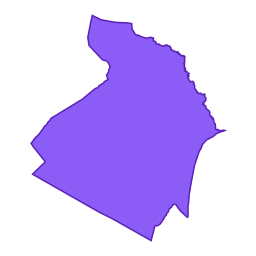 Kajiado Central, Rift Valley, Kenya (Albers equal-area conic projection)
{"feature_id": "3690345B79073906522262", "entity_name": "Kajiado Central", "entity_type": "district", "adm_level": 2, "iso_a3": "KEN", "parent_name": "Kenya", "parent_adm1": "Rift Valley", "projection": "albers", "projection_center": [36.936, -2.176], "detail": "fine", "context": "isolated", "style": "filled", "palette": "violet", "viewbox_px": 256, "rotation_deg": 0, "n_neighbors": 0, "source": "geoboundaries", "source_scale": "gbopen_adm2", "svg_char_len": 5634}
<svg xmlns="http://www.w3.org/2000/svg" viewBox="0 0 256 256"><path d="M131.7,23.6L130.4,23.4L127.8,22.9L117.9,22.5L114.0,22.1L103.3,20.2L101.1,19.7L100.5,19.6L100.3,19.4L99.8,19.2L98.9,18.6L96.4,17.5L92.3,15.4L91.0,21.1L87.8,37.3L89.0,45.4L99.9,57.1L102.5,59.8L107.1,61.2L108.6,63.4L108.8,63.6L109.5,65.3L109.6,65.7L109.8,66.0L110.1,66.5L108.9,69.7L108.7,70.8L108.3,72.6L107.7,73.2L107.7,73.8L107.6,74.0L106.6,74.9L106.7,76.0L108.1,79.7L106.5,80.3L105.5,81.0L105.2,81.1L104.9,81.4L104.6,82.0L104.3,82.1L103.9,82.2L103.8,82.7L99.8,85.3L98.9,85.7L98.6,86.5L98.4,87.2L97.8,87.6L95.7,88.4L94.8,88.9L94.1,89.4L82.4,99.2L51.2,118.2L49.7,120.6L49.3,120.9L48.6,121.5L47.5,122.8L47.2,123.9L46.8,124.3L46.0,125.0L45.0,126.0L44.3,126.5L43.8,127.3L43.6,127.9L42.1,129.9L41.3,131.1L40.6,132.0L39.5,133.6L37.3,135.9L36.0,137.0L34.1,139.2L33.7,139.6L33.3,140.6L33.0,141.0L32.1,142.0L31.1,143.4L33.5,147.0L45.3,161.8L32.5,174.2L92.7,208.5L99.4,212.3L111.9,218.5L151.1,240.6L154.4,227.9L154.6,226.8L154.8,226.2L155.3,225.9L157.2,225.7L158.2,225.3L159.8,224.3L160.2,223.9L163.4,219.5L163.7,219.0L164.8,216.5L166.2,215.3L166.4,214.8L166.6,213.8L166.7,213.4L167.2,213.0L167.7,212.7L168.0,212.2L169.4,208.7L170.0,208.2L171.0,207.8L171.5,207.2L171.9,206.4L172.6,205.3L173.9,204.4L174.9,204.2L176.0,204.6L176.8,206.0L179.2,209.4L181.6,212.2L184.7,214.9L187.1,217.2L187.4,217.3L187.8,217.1L187.9,216.5L188.1,213.8L188.0,207.1L189.0,197.8L189.1,194.7L190.1,189.9L190.4,187.0L194.5,165.4L197.8,155.4L199.0,152.0L200.0,150.0L200.5,149.5L200.8,149.0L201.4,147.3L202.2,145.4L202.5,144.5L202.6,144.2L203.4,143.5L204.2,142.5L205.5,141.0L206.9,139.6L207.1,139.5L207.7,139.4L210.0,138.1L212.4,137.0L214.2,135.7L215.2,134.7L216.6,133.6L217.0,133.3L220.0,132.2L222.5,131.2L223.4,131.1L223.9,130.9L224.2,130.8L224.9,130.5L223.7,130.1L223.3,130.1L223.0,130.2L221.8,130.8L221.6,130.9L221.3,130.8L220.7,130.4L220.3,130.4L219.7,130.8L219.3,130.9L219.0,130.8L218.7,130.4L218.2,129.6L217.6,129.4L216.8,129.8L216.4,129.8L215.7,128.9L215.5,128.5L215.5,128.2L215.6,127.4L215.6,127.0L215.3,126.0L215.3,125.7L215.4,124.7L215.3,124.0L214.6,123.3L214.2,122.6L213.9,121.8L213.7,120.7L213.6,119.6L213.5,119.4L213.2,119.4L212.9,118.9L213.1,118.7L213.4,118.4L213.3,118.2L213.0,118.1L212.2,118.1L211.7,117.9L211.7,117.7L211.8,116.6L211.7,116.3L211.3,116.2L210.7,116.2L210.2,115.7L209.9,115.2L209.8,114.6L209.9,113.1L209.7,112.4L209.6,111.6L209.3,111.1L209.1,110.8L208.8,110.6L207.9,110.1L207.4,109.4L206.5,109.1L206.2,108.7L205.9,108.2L206.0,107.4L205.9,106.7L205.8,106.4L205.5,105.9L205.1,105.7L204.1,105.3L204.0,105.1L204.0,104.9L204.0,104.5L203.7,104.6L203.4,104.8L203.1,104.7L202.8,104.2L202.9,103.9L203.6,103.4L203.7,103.2L203.2,102.9L203.2,102.6L203.9,102.0L205.0,101.6L205.4,101.1L205.6,100.1L206.0,99.7L206.0,99.3L205.7,98.9L205.8,97.7L205.0,97.2L204.7,96.7L204.7,96.3L204.8,95.8L204.9,95.1L204.9,94.5L204.7,94.3L204.5,94.0L204.3,94.2L204.1,94.6L203.9,94.7L203.6,94.6L202.9,94.4L202.2,94.6L201.9,94.5L201.1,93.4L200.9,93.3L200.3,93.3L199.5,93.4L198.7,93.5L197.7,93.2L197.3,92.8L197.2,92.5L197.7,92.1L197.5,91.9L197.3,91.7L196.8,91.6L196.7,91.4L196.4,90.6L195.6,89.4L194.9,88.6L194.4,88.0L194.4,87.7L194.7,86.7L194.7,85.7L194.6,85.3L194.5,85.1L194.0,84.7L193.9,84.4L194.1,83.9L194.1,83.7L194.0,83.4L194.0,83.1L193.9,82.8L193.3,82.8L193.2,81.9L192.7,81.3L192.2,81.5L191.9,81.5L191.3,81.5L190.1,81.7L189.9,81.5L189.7,81.0L188.8,79.6L188.7,78.9L188.6,78.6L188.1,78.4L187.6,78.0L187.5,77.8L187.5,77.5L187.7,77.3L188.8,76.6L189.0,76.4L189.0,75.9L188.9,75.7L188.7,75.7L187.9,75.8L187.6,75.8L187.5,75.6L187.6,75.3L187.7,75.0L188.1,74.6L188.6,74.1L189.1,73.4L188.8,73.2L188.2,73.2L187.6,73.0L187.1,72.7L186.9,72.3L187.0,71.8L187.0,71.6L186.9,71.4L186.6,71.5L186.1,71.3L185.1,71.2L185.5,70.6L185.5,70.2L185.4,69.9L184.9,69.9L184.5,69.5L184.5,69.2L185.3,68.9L185.4,68.7L185.5,68.5L184.7,67.9L184.4,67.5L184.7,67.4L184.4,66.9L184.6,66.2L184.3,65.4L184.6,64.0L184.4,63.5L184.2,63.6L184.1,63.3L184.1,63.1L183.8,63.0L183.9,62.8L184.2,62.8L184.7,62.1L184.7,61.8L184.5,61.4L184.8,60.6L184.7,60.4L184.6,59.9L184.6,59.6L184.5,59.2L184.7,58.9L184.6,58.6L184.2,58.2L184.1,57.9L184.3,57.7L184.6,57.7L184.8,57.3L184.9,56.7L184.3,56.2L184.2,55.9L183.8,55.7L183.7,56.1L183.2,56.1L182.0,55.5L181.7,55.9L181.5,55.6L180.9,55.4L180.4,54.7L180.2,54.7L180.1,54.4L179.5,53.7L179.3,53.6L179.0,54.2L178.8,54.0L178.9,53.7L178.4,53.7L178.2,53.6L178.0,53.4L178.0,53.2L178.3,52.8L178.1,52.6L177.5,52.5L177.6,52.0L177.3,52.2L177.0,52.0L176.6,52.3L175.7,51.6L174.9,51.3L174.4,51.6L174.2,51.4L173.9,51.3L173.8,51.0L173.4,50.8L173.0,50.4L172.5,50.3L172.3,50.2L172.1,50.3L171.9,50.2L171.6,49.7L171.4,49.7L170.9,49.8L170.8,49.6L171.1,49.1L170.9,48.3L170.9,48.0L170.8,47.7L170.5,47.6L170.3,47.6L169.8,47.0L169.8,46.7L170.0,46.3L169.8,46.1L169.4,46.2L168.9,46.0L168.2,46.1L167.9,45.8L167.6,45.7L167.6,45.4L167.3,45.2L166.6,44.9L166.3,44.9L165.6,45.1L165.3,45.2L165.1,45.5L164.9,45.6L164.6,45.6L164.2,45.9L163.0,45.8L162.5,46.0L162.3,46.0L161.7,45.7L161.3,45.4L161.1,45.4L160.5,45.1L159.9,45.1L159.3,44.6L159.3,44.3L159.0,44.1L158.7,44.0L157.3,44.1L156.7,44.3L156.0,43.7L155.8,43.7L155.6,43.5L156.0,42.8L156.0,42.3L155.9,42.0L155.7,41.7L155.1,41.4L154.8,41.5L154.7,41.2L154.1,41.2L153.9,41.0L153.7,41.0L153.3,40.5L153.3,39.8L153.2,39.4L153.3,38.9L153.5,38.7L153.6,38.3L153.3,38.1L153.0,37.9L152.7,37.8L152.4,37.8L151.8,37.5L151.6,37.4L151.1,37.5L149.5,37.5L149.1,37.6L148.4,37.7L147.5,38.1L145.4,37.9L144.3,37.6L143.8,37.4L142.2,37.0L140.9,36.5L138.4,35.2L138.2,35.4L138.0,35.6L137.5,35.6L137.2,35.4L136.2,34.6L135.8,34.5L135.5,34.5L135.3,34.3L132.0,28.7L131.7,23.6Z" fill="#8b5cf6" stroke="#5b21b6" stroke-width="1.5"/></svg>